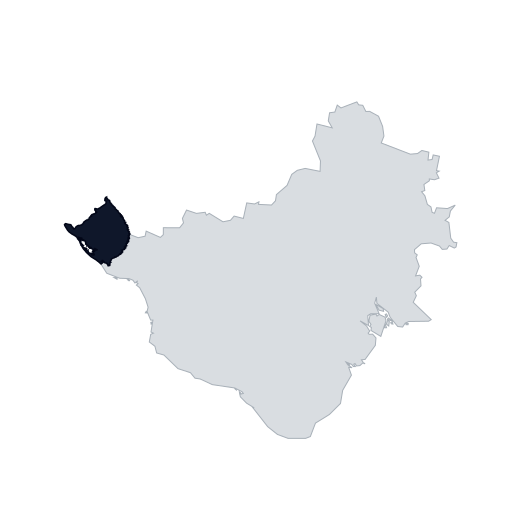 location of Rio Grande do Sul within Brazil, rotated 102°
{"feature_id": "BRA-612", "entity_name": "Rio Grande do Sul", "entity_type": "State", "adm_level": 1, "iso_a3": "BRA", "parent_name": "Brazil", "parent_adm1": "", "projection": "robinson", "projection_center": [-52.79, -30.407], "detail": "fine", "context": "in_parent", "style": "filled", "palette": "ink", "viewbox_px": 512, "rotation_deg": 102, "n_neighbors": 0, "source": "natural_earth", "source_scale": "10m", "svg_char_len": 9515}
<svg xmlns="http://www.w3.org/2000/svg" viewBox="0 0 512 512"><g transform="rotate(102 256 256)"><path d="M146.4,102.1L151.1,106.6L156.9,104.5L158.7,107.4L162.0,103.3L169.9,99.1L171.6,95.1L176.7,92.8L177.1,90.3L171.3,89.4L169.8,78.6L164.8,71.7L171.6,75.2L177.6,75.1L181.8,78.5L183.1,74.3L198.1,69.2L201.4,65.6L201.2,62.3L205.6,62.2L207.0,63.7L205.6,69.2L209.5,70.7L210.8,75.2L208.1,78.6L206.9,87.5L209.7,96.9L216.8,102.3L219.9,101.5L221.4,98.5L224.1,99.2L232.1,94.2L242.3,95.8L240.7,91.8L242.3,89.2L244.3,90.3L250.9,88.4L258.4,93.2L261.5,90.9L268.6,92.6L281.8,71.4L283.9,73.6L288.3,93.0L290.6,96.1L295.0,97.8L295.5,102.7L288.0,112.1L283.4,115.1L277.2,127.9L271.2,129.7L277.5,130.1L286.8,123.6L288.6,131.8L291.1,134.3L300.6,131.5L297.8,140.7L301.5,133.3L305.9,129.1L308.1,130.3L309.1,129.0L308.2,125.7L311.2,121.6L318.6,120.7L334.5,127.8L335.6,131.3L337.9,128.9L341.6,131.6L342.6,134.7L340.6,136.8L341.5,137.9L343.5,135.8L343.9,137.8L342.1,139.9L340.9,146.1L343.4,143.6L345.3,138.8L345.6,142.2L352.7,137.9L369.4,143.3L382.7,142.7L395.7,151.2L407.1,163.1L421.3,165.3L424.1,169.6L427.7,186.8L426.1,197.9L420.5,209.1L404.9,227.7L404.9,226.2L401.9,234.6L397.0,242.0L394.7,243.1L393.1,239.8L391.6,241.5L389.5,249.4L390.9,272.0L387.9,285.1L388.2,290.3L383.8,295.8L382.4,308.9L372.0,325.5L371.5,333.0L365.3,336.1L362.3,342.5L354.5,342.7L352.8,340.3L352.2,342.9L340.1,343.5L340.6,345.7L332.9,351.0L328.5,350.9L320.8,355.3L311.2,363.2L309.3,367.0L307.6,365.6L306.9,367.3L304.8,366.6L307.6,368.8L305.3,371.3L304.5,375.5L306.1,384.7L303.9,398.4L295.8,406.3L285.8,425.1L276.4,433.6L276.2,430.8L282.9,427.3L288.7,417.0L288.9,415.1L285.0,416.3L282.7,413.0L283.9,416.2L282.8,420.1L277.0,426.4L275.1,431.4L275.7,434.2L271.3,443.8L265.3,449.8L264.0,449.0L263.9,444.1L267.3,439.8L262.0,433.1L250.1,425.3L246.5,421.1L243.1,423.3L242.7,420.3L236.0,413.7L232.8,415.4L229.5,414.5L243.9,396.4L245.6,396.5L245.2,394.8L261.2,384.0L262.6,375.1L259.7,368.6L254.5,368.6L257.7,353.4L254.4,351.1L247.6,352.5L244.3,336.6L238.7,333.8L234.5,335.8L225.5,333.5L226.7,323.1L223.8,314.8L226.4,313.0L224.0,310.6L229.4,295.4L226.4,288.4L221.5,285.7L221.9,276.2L206.0,276.1L205.4,268.2L202.4,264.4L205.0,264.3L202.9,251.4L197.9,248.4L191.7,248.8L180.5,240.3L168.7,238.0L163.6,233.4L160.1,226.1L159.9,210.9L149.6,212.7L131.8,224.7L126.5,223.2L114.2,223.8L114.8,208.1L108.8,213.4L100.6,213.8L98.8,208.8L91.5,207.9L93.5,203.7L84.3,189.4L86.8,187.0L86.4,182.9L91.8,178.6L90.9,174.9L93.8,165.2L102.9,159.1L112.1,155.8L119.4,157.0L124.3,126.2L122.2,119.3L118.3,115.7L118.5,108.5L126.4,107.7L125.0,103.8L120.3,103.7L120.3,97.3L135.0,97.2L134.9,94.5L137.1,96.9L141.8,93.2L144.3,97.3L144.6,102.5L146.4,102.1ZM292.4,115.4L308.7,117.2L304.9,128.1L301.9,128.3L301.3,130.2L299.0,129.3L296.3,132.1L290.2,132.1L287.9,126.6L289.6,125.2L287.6,123.3L289.0,117.0L292.4,115.4ZM278.5,128.5L281.0,120.7L283.6,119.7L283.4,124.4L278.5,128.5ZM296.9,111.6L295.4,114.5L291.6,113.8L292.2,112.0L296.9,111.6ZM291.4,108.4L290.7,114.3L289.1,113.7L291.4,108.4ZM299.5,115.4L297.2,115.7L296.1,115.2L299.0,113.4L299.5,115.4ZM288.9,115.6L286.5,117.5L285.5,116.5L287.2,114.8L288.9,115.6ZM293.3,110.4L292.2,109.1L294.1,107.9L294.3,109.1L293.3,110.4ZM292.0,95.0L290.6,95.3L290.3,93.1L291.6,93.0L292.0,95.0ZM306.6,390.4L306.2,388.5L307.3,386.8L307.6,387.3L306.6,390.4ZM334.3,350.2L334.6,352.4L333.0,351.9L334.3,350.2ZM305.9,376.8L305.3,375.7L306.3,374.5L306.7,375.0L305.9,376.8ZM343.0,142.2L342.0,144.5L343.1,141.3L343.0,142.2ZM393.8,243.5L392.2,244.1L393.2,242.4L393.8,243.5ZM344.4,344.4L342.8,345.1L342.4,344.7L343.4,343.7L344.4,344.4ZM391.1,247.5L390.4,248.8L390.1,248.0L391.1,247.5ZM338.7,126.9L338.8,128.1L338.3,127.9L338.7,126.9Z" fill="#d9dde1" stroke="#a8b0b8" stroke-width="1"/><path d="M230.3,415.4L229.9,415.2L229.7,414.6L229.5,414.4L230.0,414.3L230.4,414.0L231.2,413.0L231.9,412.4L232.0,411.1L232.1,410.8L232.7,410.4L233.6,410.3L234.4,409.5L234.9,408.6L236.1,407.4L236.5,406.4L237.2,405.9L237.5,405.2L237.5,404.7L237.8,404.3L238.3,403.8L239.4,403.4L239.7,402.2L240.2,401.8L240.4,401.5L240.5,400.5L241.4,400.1L242.1,399.2L242.6,398.8L242.8,398.5L242.8,397.7L243.8,397.3L243.7,396.5L244.3,396.2L245.2,396.4L245.3,396.7L245.5,396.7L245.8,396.0L245.6,395.6L244.9,395.3L244.8,395.0L245.6,394.7L246.3,393.9L246.5,393.9L246.5,394.2L247.1,393.5L247.6,393.5L248.1,392.9L248.2,392.5L248.5,392.4L248.7,391.9L249.2,391.9L249.9,391.3L250.4,391.5L250.5,391.2L251.1,391.2L250.7,390.5L251.5,390.6L252.1,390.1L252.2,389.0L252.7,388.9L252.8,388.2L253.0,388.0L253.3,388.4L254.0,388.3L254.2,387.8L254.3,388.0L254.5,387.9L254.8,387.3L255.2,387.6L256.0,387.3L255.9,387.0L256.1,386.8L256.5,386.9L256.7,387.3L256.9,387.1L256.9,386.7L257.2,387.0L257.4,387.0L257.6,386.6L257.9,386.6L257.9,386.3L258.3,385.2L258.5,385.3L258.5,385.6L259.1,385.6L259.8,384.6L260.2,384.7L260.1,384.3L260.3,384.2L260.6,384.5L260.8,384.0L261.2,384.4L261.7,384.3L261.9,384.6L262.1,384.6L262.6,384.3L262.8,384.9L263.3,384.5L264.1,384.7L264.1,384.0L264.2,383.9L264.5,384.2L264.9,384.0L265.2,383.5L265.9,383.8L266.0,384.0L265.7,384.7L265.9,384.7L266.5,384.4L266.8,384.6L267.1,384.1L267.3,384.3L267.6,384.4L267.9,383.8L268.2,383.6L268.3,383.7L268.1,384.0L268.3,384.2L268.5,384.3L268.3,384.8L268.4,385.0L268.5,384.9L268.8,384.4L269.0,384.8L269.5,384.4L269.8,384.8L270.6,385.3L270.7,385.1L270.9,385.5L271.1,385.3L271.6,385.3L272.2,385.1L272.7,385.3L272.9,384.9L273.3,385.5L273.3,385.2L273.6,385.6L274.0,385.5L274.3,385.7L274.2,385.3L274.3,385.2L274.7,385.2L274.7,385.4L274.6,385.6L274.9,385.9L275.3,385.4L275.5,385.7L275.8,385.7L275.9,386.0L276.7,386.0L276.8,386.3L277.1,386.4L277.2,386.6L276.7,386.7L277.4,387.2L277.2,387.4L277.5,387.2L277.7,387.7L277.9,388.0L278.0,387.5L278.1,387.9L278.7,388.0L278.7,387.7L279.0,387.6L279.2,387.9L279.6,387.5L279.9,387.9L280.1,387.7L280.3,388.1L280.5,388.0L280.5,388.3L280.6,388.5L281.4,388.4L281.6,388.8L281.9,389.0L282.0,389.3L282.4,389.0L282.5,389.4L282.9,389.6L282.8,389.9L283.4,390.4L283.7,390.4L284.6,390.9L285.2,392.1L285.8,392.3L286.3,393.0L286.2,393.5L286.4,393.6L286.4,394.0L286.7,393.9L287.1,394.1L287.5,395.1L287.9,395.4L288.5,396.4L289.2,396.9L289.7,396.7L290.0,396.9L290.7,397.0L290.8,397.2L291.1,397.1L291.9,397.2L292.4,397.5L292.5,397.5L292.6,397.1L292.8,397.4L293.4,397.5L294.0,397.2L294.3,397.4L294.8,397.2L295.0,397.5L295.3,397.7L295.6,397.7L295.8,397.4L296.0,397.8L296.2,398.0L296.2,398.8L295.6,398.8L295.0,399.7L294.6,400.0L294.5,399.8L294.4,399.9L294.4,400.3L294.1,400.5L294.1,401.0L294.1,402.3L293.9,403.0L293.7,403.3L293.7,403.6L293.3,403.8L293.1,403.6L292.8,404.2L292.3,404.6L292.3,405.5L293.3,406.2L293.4,405.7L292.9,405.2L293.9,404.8L294.1,404.6L294.8,404.8L295.3,405.4L295.8,405.6L296.0,405.9L295.3,407.1L294.2,409.0L293.7,410.3L293.3,410.8L291.0,417.2L288.5,421.4L287.5,423.0L286.6,424.0L286.1,424.7L284.9,426.3L283.9,427.3L280.4,430.3L277.9,431.8L276.1,434.2L276.4,432.8L276.3,432.4L276.6,432.0L276.0,431.1L276.0,430.8L276.3,430.6L277.4,431.2L278.1,431.1L278.3,430.8L278.1,430.5L279.2,430.4L279.5,430.2L280.8,428.7L280.9,428.3L281.4,428.6L281.2,428.1L281.6,427.4L281.7,427.7L282.0,427.8L282.3,427.7L283.1,427.2L283.6,426.1L283.8,425.4L283.8,424.7L283.7,424.0L283.8,423.3L283.9,423.2L284.3,423.4L285.0,423.2L285.1,423.9L285.4,423.9L285.5,423.6L285.7,423.4L285.4,423.3L285.3,423.0L285.5,421.8L285.3,421.5L285.9,421.5L286.7,420.9L287.2,420.7L287.4,420.5L287.8,419.8L287.9,419.0L287.8,417.2L287.5,416.2L287.8,416.1L288.2,416.5L288.1,417.0L288.5,417.4L288.9,417.1L288.8,416.7L289.1,415.8L289.1,415.3L288.5,414.5L288.2,414.5L287.9,414.8L288.1,415.1L288.0,415.5L287.1,415.5L286.9,415.8L285.9,415.8L285.8,416.4L285.9,416.9L285.7,416.9L284.9,416.3L284.9,416.0L285.1,415.6L285.0,415.2L284.8,415.3L284.7,415.0L284.2,415.2L283.7,414.8L283.7,414.6L283.2,414.5L283.4,414.2L283.1,413.7L283.2,413.0L283.0,412.7L282.8,412.7L282.6,413.3L282.6,414.1L282.6,414.5L282.4,414.8L282.8,414.8L283.0,415.0L282.7,415.3L283.2,415.7L283.5,415.4L283.6,416.2L284.4,416.1L284.2,416.6L283.5,416.6L283.1,417.2L282.7,418.8L282.9,420.4L282.7,420.5L282.5,420.3L282.7,420.2L282.5,419.0L282.0,419.0L282.0,420.3L282.1,421.4L281.3,421.5L281.1,422.2L281.2,423.1L281.4,423.4L279.9,423.9L279.7,424.6L279.8,425.1L278.3,425.3L278.0,425.7L277.4,425.6L277.1,425.9L277.2,426.1L276.8,426.6L276.7,427.9L276.9,428.3L276.7,429.0L276.4,428.2L276.0,428.1L276.0,428.6L276.4,428.6L276.2,429.2L274.9,429.9L275.0,430.5L274.9,430.9L274.7,430.9L274.7,431.1L274.8,431.3L275.0,431.2L275.6,431.8L274.7,432.2L274.6,433.0L275.0,433.1L274.7,433.3L274.9,433.4L275.4,433.1L275.7,432.8L276.1,432.8L275.3,433.5L275.6,433.7L276.0,433.2L275.9,433.7L276.0,434.2L275.7,434.3L274.6,435.3L273.6,437.5L272.8,440.5L271.3,443.8L269.9,445.7L266.2,449.2L265.2,449.8L264.6,449.3L264.1,449.3L263.9,448.9L264.1,446.4L263.9,444.1L264.1,443.4L264.3,443.1L265.6,442.2L265.9,441.3L267.3,440.0L267.4,439.7L266.7,438.8L264.9,438.1L263.7,437.0L263.0,436.0L262.9,435.0L262.3,434.1L262.0,433.0L261.2,432.7L260.8,432.1L259.9,431.8L259.6,431.4L259.2,431.3L258.8,431.6L257.7,430.7L256.1,429.2L255.8,428.2L255.3,427.7L254.9,427.1L252.8,426.8L251.8,425.9L251.3,425.2L250.8,425.8L249.5,425.0L249.1,424.1L248.7,423.8L248.5,422.9L246.6,421.0L246.2,421.0L246.1,421.9L245.4,422.0L245.1,422.6L244.4,423.3L243.1,423.4L243.0,423.2L243.0,421.9L243.2,421.1L243.0,420.5L242.5,420.1L241.3,418.4L239.8,417.3L239.5,416.8L238.7,416.2L238.2,415.6L237.8,415.4L237.7,414.9L236.6,414.2L236.1,413.6L234.0,413.7L233.5,414.1L233.3,415.0L232.9,415.5L232.6,415.5L232.4,415.3L232.2,415.5L231.7,415.3L231.3,415.6L230.9,415.3L230.3,415.4Z" fill="#0f172a" stroke="#020617" stroke-width="1.5"/></g></svg>